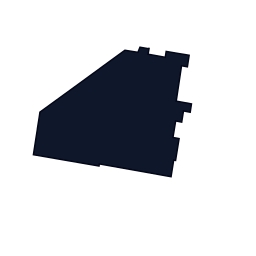 Rivadavia, Buenos Aires, Argentina, rotated 54°
{"feature_id": "61730980B79277873614202", "entity_name": "Rivadavia", "entity_type": "district", "adm_level": 2, "iso_a3": "ARG", "parent_name": "Argentina", "parent_adm1": "Buenos Aires", "projection": "robinson", "projection_center": [-63.133, -35.581], "detail": "fine", "context": "isolated", "style": "filled", "palette": "ink", "viewbox_px": 256, "rotation_deg": 54, "n_neighbors": 0, "source": "geoboundaries", "source_scale": "gbopen_adm2", "svg_char_len": 626}
<svg xmlns="http://www.w3.org/2000/svg" viewBox="0 0 256 256"><g transform="rotate(54 128 128)"><path d="M192.7,121.8L180.8,109.9L182.2,108.6L166.6,92.9L162.1,97.2L150.3,85.3L154.8,81.1L146.8,73.1L151.8,68.4L145.8,62.5L134.6,73.2L109.1,48.1L113.4,44.0L105.1,35.8L102.2,38.6L97.3,43.5L88.5,52.1L92.7,56.3L80.1,68.4L76.0,64.2L75.7,64.5L75.7,65.0L69.7,70.8L72.6,75.5L69.6,78.5L67.3,80.8L63.3,84.8L63.3,102.5L63.3,103.2L63.4,139.7L63.4,171.3L63.4,189.9L67.4,193.8L69.4,195.8L72.9,199.3L75.2,201.6L76.2,202.5L82.8,209.1L94.0,220.2L141.7,173.8L140.2,172.3L192.7,121.8Z" fill="#0f172a" stroke="#020617" stroke-width="1.5"/></g></svg>